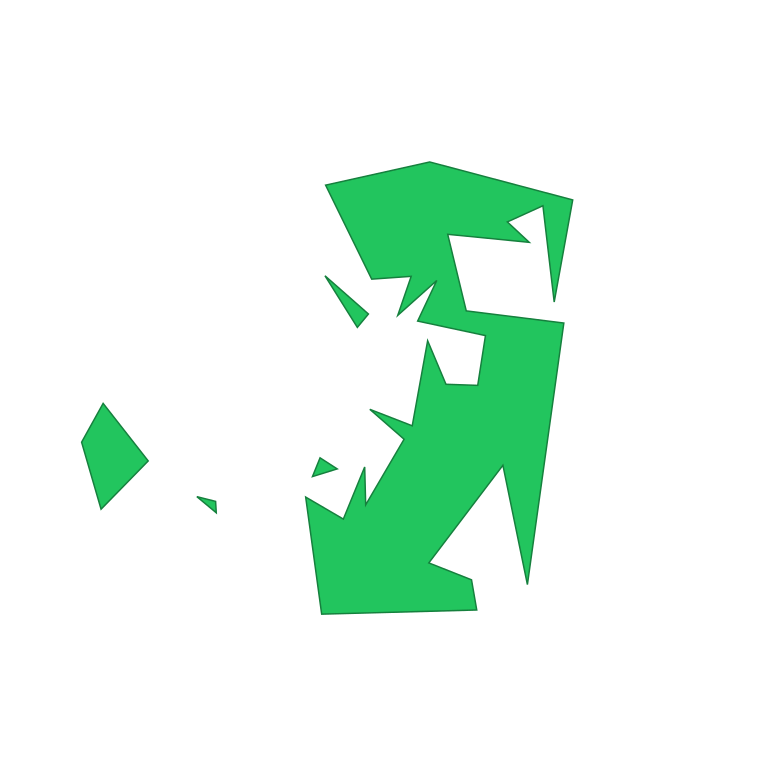 the Unitary Authority of Auckland, rotated 212°
{"feature_id": "NZL-3398", "entity_name": "Auckland", "entity_type": "Unitary Authority", "adm_level": 1, "iso_a3": "NZL", "parent_name": "New Zealand", "parent_adm1": "", "projection": "orthographic", "projection_center": [174.852, -36.678], "detail": "coarse", "context": "isolated", "style": "filled", "palette": "green", "viewbox_px": 768, "rotation_deg": 212, "n_neighbors": 0, "source": "natural_earth", "source_scale": "10m", "svg_char_len": 775}
<svg xmlns="http://www.w3.org/2000/svg" viewBox="0 0 768 768"><g transform="rotate(212 384 384)"><path d="M321.5,640.1L283.1,543.7L343.7,619.4L365.3,586.8L335.9,581.1L409.3,544.7L353.0,489.6L263.8,531.0L156.1,289.9L240.1,378.1L251.2,256.0L206.0,264.3L185.6,241.5L314.9,155.8L390.5,246.6L346.9,247.9L356.4,303.4L335.5,271.8L337.7,347.8L382.6,355.0L337.9,363.5L369.9,443.8L331.3,416.6L303.8,432.5L323.6,478.8L388.8,455.2L394.1,499.8L408.7,449.5L418.0,489.7L450.0,466.4L538.9,521.7L462.9,596.5L321.5,640.1ZM611.9,218.7L543.2,193.8L557.6,127.9L609.6,174.4L611.9,218.7ZM436.6,417.9L491.4,444.5L434.3,435.1L436.6,417.9ZM378.7,287.2L395.6,267.6L399.1,287.5L378.7,287.2ZM458.0,185.9L483.0,189.3L464.6,195.2L458.0,185.9Z" fill="#22c55e" stroke="#15803d" stroke-width="1.5"/></g></svg>